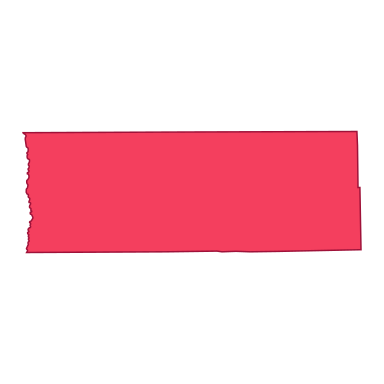 Marshall, Minnesota, United States of America (Albers equal-area conic projection)
{"feature_id": "52423323B67799781771195", "entity_name": "Marshall", "entity_type": "district", "adm_level": 2, "iso_a3": "USA", "parent_name": "United States of America", "parent_adm1": "Minnesota", "projection": "albers", "projection_center": [-97.048, 48.358], "detail": "fine", "context": "isolated", "style": "filled", "palette": "rose", "viewbox_px": 384, "rotation_deg": 0, "n_neighbors": 0, "source": "geoboundaries", "source_scale": "gbopen_adm2", "svg_char_len": 2059}
<svg xmlns="http://www.w3.org/2000/svg" viewBox="0 0 384 384"><path d="M361.0,249.7L359.9,187.5L358.0,187.5L357.5,145.5L356.9,131.5L188.9,132.0L23.0,132.7L23.0,132.8L23.4,133.2L23.8,133.6L25.0,134.3L25.7,135.0L26.1,135.9L26.0,136.5L25.4,137.5L25.2,139.1L26.2,145.9L26.3,146.5L26.6,147.0L27.9,148.0L28.2,148.8L28.1,151.4L27.9,151.9L27.1,152.5L26.9,152.9L27.0,153.7L27.4,154.1L27.7,154.6L27.5,155.1L27.2,155.5L27.1,156.9L27.3,157.9L27.6,158.6L29.2,159.5L29.5,159.9L29.5,161.0L29.3,162.4L28.6,163.4L28.4,163.9L28.4,165.0L28.5,165.2L29.0,165.6L29.2,166.4L29.0,167.5L28.8,168.1L28.1,168.9L28.1,169.4L28.4,170.2L28.9,170.7L28.9,171.4L28.6,172.1L27.5,172.6L27.3,173.0L27.4,173.9L28.3,174.1L28.9,175.4L29.0,177.1L28.8,177.9L27.9,179.5L27.1,180.2L26.8,180.7L26.7,181.1L26.8,182.8L27.1,183.7L27.7,184.4L27.9,185.0L27.9,185.6L27.5,187.6L27.0,188.5L26.5,188.9L26.3,189.4L26.3,189.9L26.2,192.2L27.1,194.0L27.9,194.3L28.4,194.8L28.4,195.2L28.2,196.2L28.4,197.2L29.7,198.3L29.8,198.7L29.6,200.1L29.0,201.4L29.0,202.3L29.2,202.6L29.8,202.5L30.5,202.9L30.6,203.3L30.6,204.0L30.1,204.9L29.8,205.3L29.7,205.6L29.5,206.6L29.6,207.5L29.8,207.8L30.7,208.3L30.9,208.6L30.9,210.4L31.7,211.1L31.7,211.3L31.6,211.8L31.5,212.0L30.6,212.1L30.3,212.3L30.2,212.9L30.3,213.9L30.6,214.2L31.0,214.2L31.7,214.8L32.7,216.9L32.9,217.6L32.9,218.1L31.3,220.9L31.0,221.1L30.0,221.5L29.6,222.0L29.6,222.5L29.8,222.8L30.3,222.9L30.6,223.6L30.6,224.2L30.2,224.9L30.1,225.2L30.2,225.7L30.5,226.3L30.6,226.6L30.5,227.2L30.2,227.6L29.3,227.8L28.3,228.9L28.1,229.3L28.2,230.2L28.8,231.3L28.8,231.7L27.9,232.3L27.6,232.7L27.7,233.5L28.0,234.1L28.7,234.5L28.7,234.8L28.7,235.4L28.4,235.8L28.3,236.4L28.4,236.9L28.8,237.1L28.9,237.7L28.9,238.3L28.4,238.9L28.5,239.8L29.1,240.5L29.0,241.4L28.3,241.9L28.1,242.4L28.0,243.0L28.3,244.7L27.6,245.9L27.5,246.3L26.5,248.4L26.5,248.8L26.8,249.3L27.2,249.5L27.4,249.8L27.5,250.6L27.5,251.0L27.3,251.4L26.7,252.3L26.6,252.5L165.5,251.8L217.0,251.1L221.9,251.8L236.0,251.3L250.1,251.8L277.4,251.4L361.0,249.7Z" fill="#f43f5e" stroke="#9f1239" stroke-width="1.5"/></svg>